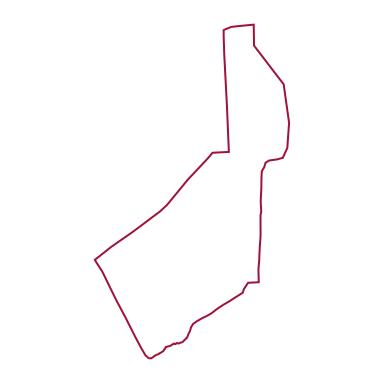 Paniai, Papua, Indonesia, rotated 267°
{"feature_id": "22746128B72382312298600", "entity_name": "Paniai", "entity_type": "district", "adm_level": 2, "iso_a3": "IDN", "parent_name": "Indonesia", "parent_adm1": "Papua", "projection": "albers", "projection_center": [136.34, -3.758], "detail": "fine", "context": "isolated", "style": "outline", "palette": "rose", "viewbox_px": 384, "rotation_deg": 267, "n_neighbors": 0, "source": "geoboundaries", "source_scale": "gbopen_adm2", "svg_char_len": 2073}
<svg xmlns="http://www.w3.org/2000/svg" viewBox="0 0 384 384"><g transform="rotate(267 192 192)"><path d="M231.1,289.5L249.8,291.8L250.7,291.9L255.8,292.6L274.0,291.0L280.9,290.4L294.7,289.2L314.8,275.4L327.7,266.6L329.5,265.3L335.0,261.6L355.9,262.4L355.5,252.8L355.2,246.9L355.2,246.7L354.8,239.8L353.9,237.3L352.4,232.8L352.0,232.1L346.5,231.8L338.3,231.6L336.0,231.6L328.5,231.4L309.7,231.4L293.6,231.4L275.7,231.4L249.1,231.1L238.0,231.0L230.1,230.9L230.1,214.5L224.7,209.5L211.0,195.2L204.6,188.5L200.1,184.4L180.3,166.3L174.0,158.7L172.0,155.7L167.5,148.9L163.4,142.9L155.2,130.6L141.4,108.4L129.3,91.4L125.8,93.3L117.5,98.1L108.7,101.9L99.4,105.8L87.1,111.1L80.1,114.4L71.8,118.2L71.3,118.5L59.3,123.8L50.2,127.8L38.8,133.1L37.1,134.0L31.1,137.1L29.9,138.6L28.6,139.7L28.1,141.0L28.1,142.6L29.2,144.6L29.9,145.4L30.2,145.9L30.6,146.8L31.3,147.9L31.6,149.3L31.8,150.2L32.6,150.9L32.8,151.9L33.0,152.2L33.7,153.4L34.2,154.0L34.5,154.9L35.3,155.6L36.0,155.9L36.8,156.7L37.6,157.4L38.2,157.4L38.7,157.9L38.7,158.7L39.0,159.6L39.1,160.6L39.4,161.8L39.7,162.6L40.0,163.3L40.7,164.1L40.9,164.6L41.0,165.3L41.6,166.1L41.1,166.8L41.0,167.6L41.8,168.7L41.9,169.4L41.5,170.3L41.4,170.6L41.5,171.1L42.1,172.4L42.2,173.3L42.6,174.4L43.2,175.4L43.9,176.1L44.8,176.9L45.7,178.3L46.5,178.7L47.0,179.6L48.1,180.0L48.5,180.2L49.3,180.6L50.6,181.1L51.8,181.9L53.4,182.7L54.2,183.0L54.7,183.2L56.8,183.9L57.9,184.6L59.0,185.4L60.1,186.0L62.1,189.2L62.8,190.3L63.2,191.1L65.9,196.5L67.3,200.0L68.4,202.3L70.0,205.3L73.4,210.1L75.7,213.9L77.9,217.7L78.2,218.3L81.2,224.1L84.7,230.1L88.7,237.3L92.4,238.8L92.7,239.0L95.3,241.0L95.5,241.1L96.3,241.7L98.4,243.3L98.4,249.1L98.4,250.1L98.4,253.9L103.8,254.1L111.5,254.3L119.2,255.4L119.5,255.5L124.5,255.9L126.8,256.1L131.2,256.6L132.7,256.7L142.0,257.9L144.3,258.1L148.7,258.4L157.5,258.8L164.8,259.2L165.2,259.2L168.7,260.1L178.9,260.1L182.0,260.4L192.9,261.5L202.7,262.1L209.1,262.8L212.2,264.9L212.7,265.3L217.4,267.0L219.4,270.7L219.5,271.6L220.1,278.8L221.4,284.5L231.1,289.5Z" fill="none" stroke="#9f1239" stroke-width="2"/></g></svg>